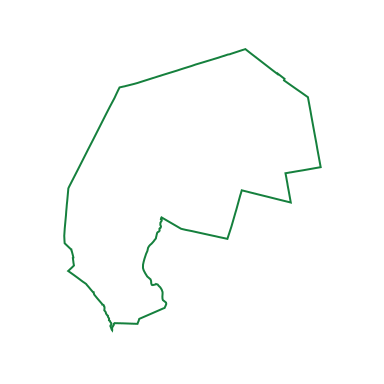 Zaragoza, Coahuila, Mexico, rotated 100°
{"feature_id": "50627088B39725244996961", "entity_name": "Zaragoza", "entity_type": "district", "adm_level": 2, "iso_a3": "MEX", "parent_name": "Mexico", "parent_adm1": "Coahuila", "projection": "orthographic", "projection_center": [-101.085, 28.874], "detail": "fine", "context": "isolated", "style": "outline", "palette": "green", "viewbox_px": 384, "rotation_deg": 100, "n_neighbors": 0, "source": "geoboundaries", "source_scale": "gbopen_adm2", "svg_char_len": 3736}
<svg xmlns="http://www.w3.org/2000/svg" viewBox="0 0 384 384"><g transform="rotate(100 192 192)"><path d="M42.0,164.3L49.4,178.1L49.7,178.5L50.6,181.0L50.9,181.4L55.7,190.5L62.4,203.7L65.9,210.7L68.0,214.4L72.0,222.2L73.7,225.4L75.0,227.8L81.8,241.1L86.9,250.9L87.9,252.8L92.6,261.8L94.1,264.6L95.0,266.5L95.8,268.2L96.6,270.0L98.4,274.0L98.9,275.2L99.5,276.4L100.2,278.2L101.0,280.1L101.6,281.5L104.6,282.4L107.5,283.2L109.3,283.7L112.4,284.5L113.4,284.8L122.6,287.8L130.7,290.3L143.6,294.2L157.1,298.3L168.4,301.8L171.4,302.7L190.5,308.5L208.0,313.9L209.9,314.4L222.9,313.3L226.0,313.1L229.1,312.8L232.8,312.5L236.5,312.1L250.0,311.0L251.8,310.8L256.4,310.3L257.4,310.2L257.8,310.1L262.2,309.1L264.6,308.5L267.2,304.6L269.2,301.6L269.7,300.9L269.8,300.9L270.0,300.8L269.9,300.7L274.2,298.7L277.2,297.4L277.6,297.9L279.5,297.3L280.7,296.9L282.1,296.5L284.9,295.5L286.6,296.7L287.7,297.5L288.5,298.1L289.5,298.9L290.8,299.8L291.3,300.2L294.1,294.3L296.7,289.0L296.9,288.7L297.2,288.0L298.1,286.3L299.3,283.9L300.0,282.3L300.9,280.4L301.0,280.2L301.7,279.5L303.4,277.4L305.7,274.7L308.0,271.9L307.8,271.5L309.3,270.8L309.9,270.6L310.0,270.5L313.2,266.8L317.8,261.2L318.5,260.8L318.4,260.2L318.6,259.8L318.6,259.7L318.8,259.3L318.9,259.2L319.0,259.2L319.3,259.1L319.5,259.0L319.9,258.8L320.0,258.5L320.6,258.2L321.4,258.0L323.8,257.8L324.8,256.6L325.5,256.0L326.6,255.6L327.2,255.0L327.7,254.6L328.5,253.3L329.1,253.3L329.4,253.2L330.8,251.9L331.0,251.7L331.5,251.6L332.8,251.5L333.1,250.8L333.2,250.5L334.2,249.9L335.0,248.9L336.2,248.6L336.6,248.5L337.0,248.5L337.6,249.1L338.5,249.0L339.2,248.4L340.2,247.9L341.0,247.4L341.7,247.0L341.9,246.7L342.0,246.6L341.8,246.6L339.8,247.1L338.6,246.8L336.6,246.0L336.3,246.0L335.5,246.2L335.3,245.9L335.1,245.6L334.6,245.5L333.3,236.9L333.0,234.8L331.9,226.9L331.3,222.8L329.1,222.4L328.6,222.2L328.2,222.2L326.1,221.9L318.7,210.7L311.4,199.7L311.0,198.9L308.4,198.2L306.7,197.9L305.4,198.4L304.5,200.0L303.5,201.9L302.3,202.5L300.2,203.0L297.4,203.3L295.7,203.6L293.4,204.9L291.4,206.7L290.2,208.5L289.1,209.7L288.9,211.3L289.0,211.3L289.6,212.4L290.5,214.5L290.4,215.5L289.0,216.3L286.8,216.8L285.2,217.7L284.8,218.4L284.3,219.2L284.0,219.7L283.0,221.4L280.1,224.0L277.5,226.0L275.3,227.1L272.1,227.6L269.2,227.5L265.9,227.2L262.5,226.7L261.7,226.6L261.0,226.5L257.8,225.7L255.7,225.6L254.7,225.6L252.8,224.9L251.3,224.0L250.0,222.9L248.1,221.7L246.5,220.8L245.9,220.6L245.0,220.0L243.9,219.5L243.2,219.5L242.2,219.5L241.8,219.4L240.9,219.4L240.7,219.4L239.7,219.3L238.7,219.3L237.9,219.0L237.5,218.8L237.4,218.7L237.0,218.0L236.8,217.9L236.6,217.7L236.2,217.5L235.8,217.2L235.5,217.2L235.1,217.4L234.6,217.5L234.3,217.5L234.1,217.6L233.9,217.7L233.7,217.6L233.4,217.5L233.2,217.4L233.1,217.1L232.8,216.8L232.0,216.6L231.7,216.6L231.3,216.6L231.2,216.6L230.7,216.9L230.4,217.1L230.1,217.4L229.7,217.5L229.3,217.6L229.0,217.6L228.7,217.6L228.4,217.7L227.9,217.8L227.5,217.6L226.6,217.4L226.0,217.0L225.6,216.9L225.2,216.9L224.9,216.9L224.6,217.1L224.3,217.9L224.0,217.9L222.8,217.8L222.3,217.6L224.7,211.1L227.6,203.2L228.3,201.3L230.1,196.4L230.2,195.0L230.4,191.4L230.5,185.6L230.8,179.1L231.4,164.3L231.5,161.2L231.7,157.5L231.8,154.0L231.9,151.4L232.0,149.0L219.4,147.2L211.9,146.4L204.3,145.6L201.9,145.3L186.9,143.9L184.8,143.6L184.7,143.6L181.7,143.3L182.8,127.9L183.6,116.1L184.3,106.3L185.2,92.9L174.3,96.9L169.0,98.9L166.9,99.6L164.0,100.7L161.2,101.7L157.3,103.2L156.0,99.6L155.9,99.5L155.5,98.1L153.6,92.9L151.4,86.6L146.8,74.0L145.2,69.6L128.0,76.0L122.4,78.0L114.7,80.9L95.8,87.9L91.9,89.3L78.5,94.3L75.2,101.3L72.3,107.6L66.1,120.8L64.5,120.5L60.5,128.2L61.0,128.2L58.0,134.0L51.2,146.9L45.6,157.6L44.1,160.4L42.0,164.3Z" fill="none" stroke="#15803d" stroke-width="2"/></g></svg>